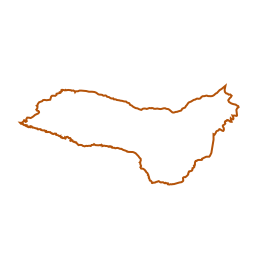 Butha-Buthe (Leribe District), Leribe, Lesotho (Equal Earth projection), rotated 276°
{"feature_id": "5366337B16917796092700", "entity_name": "Butha-Buthe (Leribe District)", "entity_type": "district", "adm_level": 2, "iso_a3": "LSO", "parent_name": "Lesotho", "parent_adm1": "Leribe", "projection": "equal_earth", "projection_center": [28.227, -28.764], "detail": "fine", "context": "isolated", "style": "outline", "palette": "amber", "viewbox_px": 256, "rotation_deg": 276, "n_neighbors": 0, "source": "geoboundaries", "source_scale": "gbopen_adm2", "svg_char_len": 5859}
<svg xmlns="http://www.w3.org/2000/svg" viewBox="0 0 256 256"><g transform="rotate(276 128 128)"><path d="M180.2,220.5L176.7,217.1L175.2,215.1L172.1,212.8L171.4,211.6L169.7,210.1L168.9,209.0L168.6,208.4L168.3,207.2L168.1,204.2L168.4,203.3L168.4,202.5L167.7,200.8L167.4,198.9L166.8,198.1L166.0,197.4L165.2,197.0L164.7,196.3L164.4,195.0L164.5,194.2L164.3,193.2L163.3,191.9L162.8,190.4L161.0,188.1L159.7,185.7L159.0,185.2L156.8,184.0L155.9,183.3L154.4,182.7L152.9,180.0L151.0,179.1L150.7,178.5L149.9,176.5L149.2,175.1L149.1,174.1L148.2,172.1L148.1,171.0L148.3,170.3L150.5,167.2L151.0,166.1L151.1,164.0L151.5,162.9L151.3,161.3L150.5,159.4L150.2,158.1L150.3,156.1L150.4,155.0L150.0,153.6L149.9,152.4L149.9,151.6L150.3,150.8L150.4,149.6L150.2,149.4L150.0,148.9L150.1,148.3L150.1,147.2L148.9,144.7L149.1,143.7L149.1,142.3L148.8,141.0L148.3,140.2L147.7,139.8L147.4,139.3L147.9,136.9L148.5,135.5L148.6,133.5L149.7,130.8L150.6,129.6L151.4,127.4L152.1,127.2L152.8,126.6L153.2,124.5L154.1,123.3L154.0,121.4L154.4,119.3L154.4,117.4L154.6,116.7L154.7,113.9L155.1,113.1L155.2,112.0L155.0,111.1L155.3,110.7L155.9,110.2L155.6,109.1L155.8,107.6L156.7,105.9L156.9,103.9L157.5,103.4L158.0,102.5L158.0,102.0L157.7,101.0L157.6,100.0L158.2,99.0L158.3,98.4L158.3,96.6L158.2,95.9L158.5,94.8L159.5,93.2L160.0,92.1L160.3,90.7L160.3,88.1L160.0,85.3L160.4,82.6L160.3,77.4L160.1,75.8L159.3,74.4L159.0,72.0L158.2,71.6L158.8,71.3L159.6,69.8L159.2,67.9L159.6,67.4L159.6,64.5L159.1,62.7L159.4,62.0L158.8,61.4L159.0,60.4L159.1,58.4L158.7,57.8L158.2,57.8L157.6,58.3L156.9,57.7L156.5,56.5L155.8,56.8L154.6,53.4L153.5,53.4L152.4,52.3L152.3,50.1L152.1,49.1L151.2,48.3L148.0,47.7L147.1,44.1L147.2,42.1L146.9,40.7L145.7,39.8L144.3,36.9L142.4,35.8L141.1,35.6L140.6,34.9L139.7,35.8L138.0,35.7L136.7,34.9L135.8,35.7L135.6,37.0L135.0,37.7L134.2,37.9L133.1,37.2L131.4,34.3L129.5,32.5L128.0,30.6L127.7,29.9L127.9,28.8L127.8,26.7L126.4,26.0L125.0,26.1L124.3,26.6L123.6,26.0L123.4,25.4L124.0,24.9L124.6,24.8L124.9,23.9L124.0,23.6L122.2,22.1L121.9,20.5L121.9,20.2L121.0,21.2L121.1,22.2L121.2,22.5L120.8,22.8L120.7,23.0L121.0,23.3L120.1,24.1L119.9,24.7L120.3,26.0L120.2,26.6L119.7,26.3L119.3,26.4L119.1,26.8L119.1,27.4L119.3,27.7L119.2,28.3L118.9,28.5L118.8,28.3L118.6,28.4L118.4,28.9L118.7,30.4L118.6,30.8L118.9,30.9L119.5,30.6L119.7,31.0L119.4,32.1L119.1,32.2L118.9,32.7L118.5,32.8L118.4,33.3L118.6,33.7L118.0,36.6L118.1,37.5L118.0,37.8L117.7,37.8L117.3,38.2L117.3,39.1L117.6,39.8L117.6,40.5L117.7,41.1L117.6,41.4L116.9,41.8L116.7,43.7L116.9,45.2L116.6,45.4L116.4,45.8L116.5,46.7L116.1,46.6L115.9,46.4L115.6,46.5L115.4,47.0L115.6,47.9L115.5,48.4L115.8,49.5L115.6,50.4L115.7,51.2L115.0,51.9L114.8,52.8L114.4,53.1L114.3,53.4L114.5,53.6L114.2,54.7L114.8,55.6L114.8,57.1L114.4,57.3L114.0,57.0L113.7,57.2L113.4,59.4L113.2,59.9L112.9,60.1L112.8,60.7L112.7,61.2L112.9,61.5L112.5,61.5L112.3,61.9L112.1,62.8L111.6,62.6L111.1,64.1L111.4,65.9L111.1,66.2L110.9,66.9L111.1,67.0L111.4,66.7L112.0,66.6L111.9,66.8L112.0,67.2L112.6,67.6L112.9,68.7L112.8,69.1L111.9,70.0L111.8,70.4L112.0,71.4L111.6,71.9L111.2,72.2L110.2,72.3L109.8,71.9L109.4,71.9L109.2,72.2L109.7,73.2L110.1,73.1L110.2,73.3L109.8,74.2L109.0,74.4L108.8,74.8L108.5,75.5L108.7,76.3L108.3,76.6L108.4,77.4L108.3,78.0L107.6,78.2L107.1,79.3L106.6,79.6L105.8,80.6L106.2,82.0L106.2,83.8L105.5,85.0L105.4,85.9L105.2,86.7L105.9,88.3L105.8,89.5L106.1,90.3L106.3,91.9L106.2,92.8L107.3,93.6L107.7,95.4L108.4,95.9L107.6,97.2L107.6,98.2L107.7,100.5L108.1,101.9L107.9,102.5L108.6,103.3L107.9,104.3L107.3,104.4L107.6,105.2L107.9,105.7L107.9,106.9L107.7,107.8L107.9,108.6L107.7,109.8L107.3,110.6L107.3,111.1L107.9,111.3L108.0,112.3L107.7,113.7L107.1,113.5L106.7,114.4L106.9,116.5L106.5,117.4L107.1,119.4L107.0,120.4L106.5,122.1L106.6,123.4L106.4,123.6L106.4,124.1L105.7,125.5L105.3,127.6L104.7,129.6L104.4,129.7L104.3,131.2L104.6,135.3L104.4,136.3L103.7,138.2L101.1,141.3L99.7,142.5L98.7,143.8L97.1,144.1L95.5,143.7L95.0,143.3L94.7,143.8L93.4,144.0L91.6,145.0L91.1,144.9L90.3,144.4L89.9,144.8L89.1,145.2L89.0,145.7L89.0,146.3L89.1,146.8L89.0,147.3L88.2,148.9L87.1,149.8L86.8,150.4L85.9,150.8L85.3,151.9L83.7,152.9L83.3,152.8L83.2,153.2L82.2,153.5L81.4,154.0L80.9,153.8L80.3,154.0L80.1,154.4L78.1,155.2L78.0,156.0L77.6,156.5L77.1,157.1L75.9,157.5L75.8,158.0L76.3,158.9L76.3,159.5L76.8,161.1L77.4,161.7L77.6,162.7L78.3,163.8L78.2,164.5L77.9,164.9L77.4,165.9L77.3,166.5L77.6,167.5L77.6,168.9L77.2,169.5L76.9,170.5L77.4,171.0L77.4,171.3L77.1,171.8L77.1,173.5L76.2,173.6L76.1,174.9L76.2,175.4L76.6,176.4L76.5,177.1L76.6,177.7L76.9,178.4L77.0,179.5L79.2,184.9L79.6,186.5L80.2,187.5L80.7,188.0L81.3,188.4L81.9,188.4L84.0,187.9L84.4,188.1L85.0,188.9L85.1,189.5L85.1,190.2L87.0,192.0L88.1,192.7L89.2,192.6L89.9,192.9L90.1,193.1L90.6,193.0L91.1,193.2L91.3,193.4L91.7,195.0L92.4,196.1L92.8,196.3L93.6,196.2L93.9,196.5L94.8,196.4L95.3,197.3L96.2,198.0L96.7,198.0L97.4,197.5L97.7,197.7L97.7,198.1L97.9,198.3L99.0,198.4L100.1,198.2L101.6,198.4L102.3,198.8L102.3,199.4L102.5,199.8L103.1,200.2L103.6,201.3L103.9,204.4L104.3,205.0L105.2,204.9L107.6,208.8L108.0,211.8L108.9,212.4L111.9,213.5L125.3,214.3L130.8,213.7L130.4,214.8L132.2,215.7L133.8,216.2L134.5,217.0L134.9,218.0L135.6,218.6L136.4,219.0L136.3,219.8L135.1,222.2L135.1,223.1L136.0,223.5L136.9,223.5L138.0,223.2L139.1,222.4L140.0,222.0L140.6,222.2L141.6,223.6L142.6,224.3L143.9,223.7L144.7,223.9L145.3,224.6L145.3,225.1L145.7,225.7L146.3,225.8L146.3,226.7L145.9,227.6L145.2,228.5L144.9,229.7L145.0,230.4L148.0,229.2L148.4,229.2L147.7,230.2L147.7,231.7L148.3,231.9L149.4,231.6L151.3,230.6L151.2,231.4L151.5,232.2L151.4,234.8L152.0,235.1L157.3,233.9L159.0,234.5L160.3,235.8L161.3,235.3L161.8,233.7L162.5,232.7L162.8,230.0L163.3,228.0L164.5,225.7L166.1,224.8L168.4,226.1L169.3,227.0L170.9,227.7L172.0,226.2L171.7,224.6L172.5,223.5L172.7,222.0L174.0,220.6L176.1,220.1L180.2,220.5Z" fill="none" stroke="#b45309" stroke-width="2"/></g></svg>